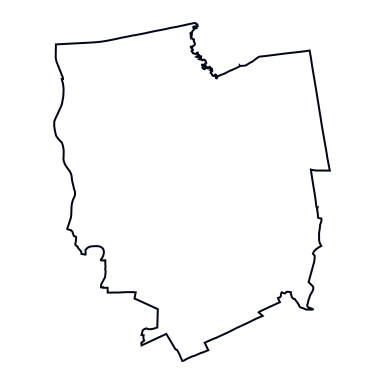 Bobicesti, Olt, Romania (Robinson projection)
{"feature_id": "2599482B15000431260960", "entity_name": "Bobicesti", "entity_type": "district", "adm_level": 2, "iso_a3": "ROU", "parent_name": "Romania", "parent_adm1": "Olt", "projection": "robinson", "projection_center": [24.159, 44.386], "detail": "fine", "context": "isolated", "style": "outline", "palette": "ink", "viewbox_px": 384, "rotation_deg": 0, "n_neighbors": 0, "source": "geoboundaries", "source_scale": "gbopen_adm2", "svg_char_len": 5738}
<svg xmlns="http://www.w3.org/2000/svg" viewBox="0 0 384 384"><path d="M313.0,309.3L312.6,309.0L308.4,307.4L307.8,306.9L307.2,305.8L307.2,304.9L307.6,304.0L308.6,299.7L309.1,298.6L309.8,296.2L310.8,294.0L311.8,292.4L312.7,290.7L313.2,289.3L313.3,288.7L313.2,286.7L308.6,282.1L314.1,262.1L314.5,259.4L314.7,257.0L314.6,255.6L312.9,253.7L313.4,252.5L314.3,251.0L315.9,249.4L318.2,247.7L321.3,245.9L320.9,245.4L319.9,243.3L319.2,240.8L319.1,239.8L319.1,236.2L319.0,234.5L319.1,232.8L319.9,227.7L320.1,224.9L321.2,221.7L321.5,220.0L321.4,218.6L320.9,218.4L318.3,218.0L318.1,217.1L317.9,215.1L317.8,213.8L317.1,209.5L317.5,207.7L316.9,208.1L316.4,206.8L315.3,197.8L311.8,176.1L311.1,171.1L310.9,169.6L313.9,170.3L316.1,170.5L329.8,170.6L327.1,156.6L327.0,155.2L321.7,124.8L321.0,120.2L316.3,90.9L312.0,65.3L310.9,57.7L309.6,50.5L308.2,50.8L297.9,52.1L286.0,53.4L264.9,56.1L259.7,56.6L257.4,57.7L252.4,61.6L249.9,62.8L246.4,65.1L245.7,65.4L244.5,65.7L242.0,65.8L240.4,66.1L239.8,65.5L239.8,65.9L239.7,66.3L235.4,68.5L229.5,71.0L224.3,73.7L219.9,75.3L219.1,75.8L217.6,76.3L217.4,76.5L217.2,77.7L216.8,78.3L216.3,78.3L216.0,78.1L216.0,77.2L216.6,75.9L216.4,75.2L215.9,74.7L215.5,74.5L215.2,74.7L215.7,75.5L215.7,75.8L215.5,76.0L214.8,76.1L214.0,75.7L213.3,76.0L212.7,75.7L212.4,75.4L212.0,74.5L211.7,74.0L210.8,73.1L210.6,72.8L210.9,72.3L212.3,71.1L212.3,70.9L212.1,70.8L211.1,70.7L210.7,70.5L211.8,70.0L212.0,69.6L212.1,69.1L211.9,68.7L211.7,68.6L211.4,68.6L210.7,69.1L210.4,69.0L210.3,68.7L210.6,68.1L210.6,67.7L210.3,67.5L209.7,67.6L209.6,66.8L209.3,66.8L209.1,67.0L209.1,67.7L208.9,68.1L208.2,68.4L207.3,68.3L207.0,68.1L206.8,66.9L206.4,66.6L205.8,66.5L205.3,66.6L205.0,66.7L204.9,67.1L205.5,68.0L205.0,68.9L204.6,69.2L203.9,69.0L203.0,68.5L202.5,68.0L202.4,67.6L202.6,67.1L202.8,66.9L203.6,66.4L203.7,66.1L202.9,65.8L202.4,65.5L202.0,64.9L202.0,64.7L203.0,64.6L204.2,65.1L205.0,65.1L205.4,64.8L205.0,64.0L205.0,63.8L205.1,63.7L206.3,62.9L205.3,60.3L204.6,60.3L203.9,59.6L202.2,60.2L201.6,59.3L201.1,59.3L200.1,59.6L199.0,59.1L201.0,58.0L201.2,56.5L201.0,56.2L200.7,56.2L199.3,56.7L198.4,56.8L197.6,57.2L196.4,56.8L196.7,56.6L199.3,55.5L199.2,55.1L198.1,54.8L197.6,54.2L197.5,53.8L198.0,53.2L197.9,52.8L197.8,52.6L197.3,52.6L196.7,52.9L196.2,54.1L195.9,54.2L194.1,53.5L192.9,53.2L192.6,52.8L192.2,51.7L191.6,51.2L191.7,50.8L192.8,50.3L193.0,49.9L192.8,49.7L192.1,49.1L192.0,48.8L192.1,48.4L191.3,48.0L191.3,47.3L190.9,47.1L190.8,46.9L190.8,46.7L192.5,46.7L193.4,45.8L194.8,44.7L194.9,43.8L194.8,43.1L194.1,41.8L193.7,41.1L194.0,39.9L194.0,39.6L193.9,39.4L193.0,39.3L192.2,38.4L191.1,38.5L191.0,38.1L191.4,36.8L191.4,36.7L190.7,36.3L190.7,36.1L190.7,35.9L191.7,35.2L191.9,34.9L191.9,34.6L190.8,34.1L190.4,33.7L190.4,33.3L190.7,33.0L192.1,32.7L192.1,31.6L192.9,30.7L194.3,29.0L194.2,28.8L193.7,28.3L193.6,28.0L193.2,27.3L193.2,27.1L193.4,26.7L193.7,26.6L194.3,26.5L194.3,27.0L195.5,28.4L196.3,28.2L196.7,28.0L196.6,27.7L195.4,27.5L195.0,26.9L195.0,26.7L195.3,26.5L196.7,26.5L197.7,26.2L197.6,25.4L197.3,24.4L196.3,24.4L196.2,24.1L195.9,23.3L195.8,23.2L194.6,23.0L190.5,23.8L176.9,26.8L170.5,27.9L166.0,29.0L159.8,30.2L154.3,31.2L145.3,33.2L134.4,35.3L133.5,35.3L129.5,36.2L120.6,37.9L117.3,38.7L107.4,40.7L101.2,41.7L96.2,42.2L88.5,42.7L55.9,44.4L55.7,57.4L56.4,61.4L62.9,77.7L63.0,79.0L61.8,79.0L62.0,80.2L62.9,83.3L63.5,87.6L63.6,90.9L63.2,97.1L62.0,103.7L61.4,105.6L57.7,113.8L55.8,117.7L54.3,121.4L54.2,125.9L54.8,130.0L55.9,135.1L56.7,136.7L58.9,139.6L61.9,142.7L62.9,145.6L63.7,150.4L63.6,157.1L63.5,157.5L63.4,158.7L63.7,160.9L64.5,163.0L64.6,163.7L66.4,166.7L69.6,171.1L70.9,173.5L71.5,175.5L72.0,180.0L72.6,183.0L73.3,185.5L74.1,189.4L74.8,191.0L75.0,192.5L75.0,194.5L74.6,196.4L73.1,199.5L72.3,202.0L71.8,204.4L71.5,207.4L71.3,213.8L71.0,217.3L68.3,225.7L67.4,228.1L67.2,229.0L67.3,229.1L68.6,229.6L70.8,230.1L71.0,230.5L71.5,230.6L72.1,231.4L72.5,232.0L72.8,232.8L73.5,235.2L73.8,235.7L74.3,236.3L75.4,236.5L75.8,236.7L76.1,237.0L76.2,237.3L76.2,238.0L75.9,240.6L75.7,242.4L75.2,243.9L75.2,244.4L75.8,245.2L77.0,246.4L77.3,246.4L77.6,246.8L78.0,247.6L78.4,248.3L79.5,249.6L80.5,250.7L81.3,252.0L81.4,253.9L85.4,254.6L85.7,253.6L85.6,252.2L85.4,251.0L85.5,250.0L86.7,248.6L87.9,247.6L89.3,246.9L90.5,246.5L93.4,246.2L97.5,246.1L99.5,246.4L100.8,247.0L102.1,247.8L103.0,248.7L103.6,250.1L103.8,251.0L103.9,251.9L103.8,253.3L103.6,254.4L103.0,256.1L102.1,258.1L101.3,258.9L100.9,259.9L100.9,260.1L101.4,260.5L105.3,260.3L105.3,263.3L105.5,266.7L105.2,269.4L105.6,270.8L105.6,272.2L105.1,276.9L104.7,278.0L104.0,279.1L103.2,280.7L101.2,284.3L101.0,287.3L103.2,287.2L103.2,287.8L107.6,287.8L107.7,292.6L118.7,292.5L127.1,292.1L132.7,292.1L135.7,292.3L134.5,298.5L157.8,309.1L157.3,327.5L155.8,327.9L153.7,328.7L150.7,329.2L148.6,329.2L147.0,328.6L146.1,328.4L144.8,328.9L142.9,330.0L142.7,330.4L141.8,334.2L141.5,335.0L142.0,335.1L143.6,335.2L143.4,336.3L143.4,337.8L143.7,339.6L144.2,340.6L143.7,340.9L141.8,342.4L141.3,343.0L141.6,345.4L166.3,333.9L175.5,349.4L176.9,349.8L179.0,353.4L182.3,361.0L184.3,360.4L186.3,359.1L189.8,357.5L192.6,356.3L194.7,355.7L200.9,353.0L203.4,352.2L208.3,350.2L204.7,342.7L212.8,339.1L216.4,337.7L228.6,332.1L236.4,328.1L248.5,322.5L255.9,318.8L262.7,315.9L258.7,312.3L259.4,311.7L267.0,308.1L279.9,302.2L277.9,298.1L280.3,297.0L280.8,296.5L281.0,294.3L281.4,292.8L281.8,292.3L284.2,293.4L284.6,293.4L285.0,293.4L285.7,292.9L286.4,291.9L288.0,291.8L290.8,292.1L291.0,292.3L290.7,293.2L291.0,294.5L291.6,295.8L291.7,296.2L291.6,296.5L292.0,297.4L292.7,298.1L293.7,299.0L294.5,298.8L294.9,299.1L295.6,300.3L297.4,302.6L298.1,303.8L298.8,304.6L299.3,306.2L300.0,307.0L301.3,307.7L303.6,308.4L306.3,309.6L308.0,309.5L311.6,309.7L312.9,309.5L313.0,309.3Z" fill="none" stroke="#020617" stroke-width="2"/></svg>